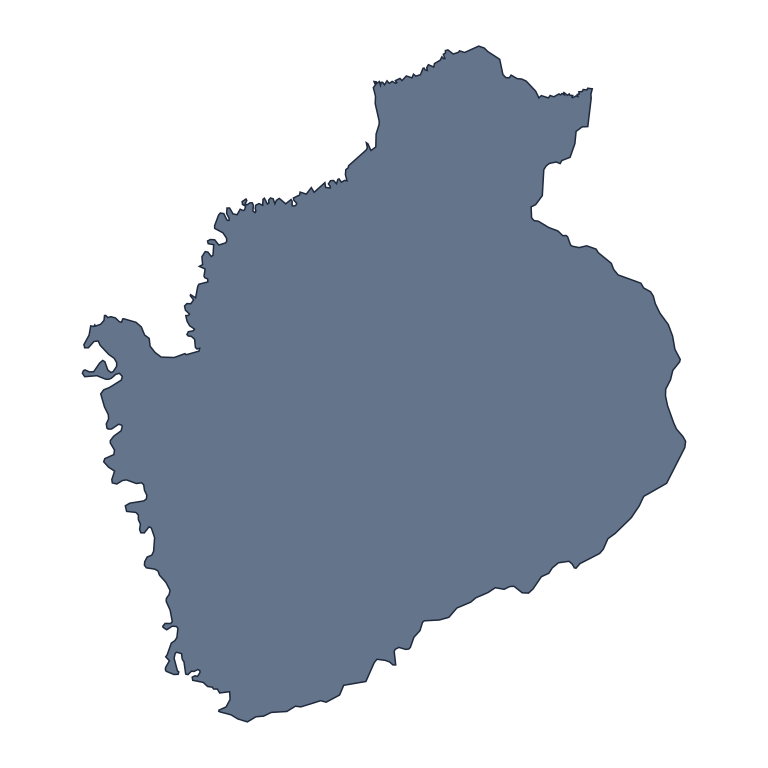 outline of Khutlo-se-Metsi, Thaba-Tseka, Lesotho
{"feature_id": "5366337B67147005930942", "entity_name": "Khutlo-se-Metsi", "entity_type": "district", "adm_level": 2, "iso_a3": "LSO", "parent_name": "Lesotho", "parent_adm1": "Thaba-Tseka", "projection": "natural_earth1", "projection_center": [28.357, -29.676], "detail": "fine", "context": "isolated", "style": "filled", "palette": "slate", "viewbox_px": 768, "rotation_deg": 0, "n_neighbors": 0, "source": "geoboundaries", "source_scale": "gbopen_adm2", "svg_char_len": 6029}
<svg xmlns="http://www.w3.org/2000/svg" viewBox="0 0 768 768"><path d="M599.6,553.5L603.3,549.2L607.9,538.7L615.2,533.4L631.2,517.8L639.3,505.8L643.7,496.4L666.6,483.3L684.8,447.6L685.6,441.3L682.9,436.5L676.5,429.1L673.7,422.9L667.5,405.5L665.5,395.7L665.7,389.2L670.5,379.8L672.8,370.4L679.7,361.8L680.2,359.3L674.9,349.3L672.6,336.1L668.3,324.6L659.9,313.1L655.3,303.7L653.3,296.1L650.6,291.8L643.6,287.9L640.9,283.2L618.1,274.9L613.7,269.5L611.3,263.3L598.3,252.7L596.1,249.1L586.7,245.8L579.1,247.6L572.3,246.2L570.6,245.1L567.6,236.8L566.1,235.5L562.8,235.7L558.0,231.0L548.7,227.5L538.3,221.2L534.0,220.6L531.6,217.8L531.1,206.9L535.6,204.7L542.3,195.7L543.8,169.7L546.2,165.9L549.4,163.4L556.3,162.0L560.1,163.6L561.9,160.5L570.1,157.3L574.9,143.6L576.1,131.4L582.1,126.9L587.8,126.6L591.2,98.2L590.9,94.3L592.3,88.8L587.7,88.2L586.9,89.9L583.2,89.5L582.2,91.5L578.8,91.8L579.3,93.8L577.2,94.5L577.9,96.5L576.1,95.9L572.6,97.7L571.9,97.2L572.7,95.5L569.8,95.2L569.2,93.9L567.5,95.3L563.9,92.5L563.3,93.3L564.1,94.7L562.0,93.6L560.5,94.9L559.0,93.9L553.8,96.8L550.1,95.5L548.4,97.9L541.3,95.6L538.9,97.9L535.7,91.2L526.2,81.1L521.6,79.0L517.3,78.7L511.1,75.1L509.3,77.8L505.8,77.6L502.9,74.5L499.7,59.3L487.7,51.5L484.4,48.1L478.7,46.1L464.6,52.5L459.5,50.8L458.5,52.3L453.2,54.0L447.9,49.9L445.4,50.6L445.5,53.0L443.3,54.3L444.9,58.5L443.4,58.6L441.9,56.8L440.2,60.2L434.5,63.5L433.7,67.0L428.4,64.7L426.7,67.7L427.3,70.5L425.4,70.1L424.1,68.1L423.0,68.3L420.5,74.7L415.8,76.1L413.5,74.2L412.0,77.8L406.3,76.0L402.0,80.6L400.0,78.4L395.4,80.6L396.8,82.7L395.7,83.3L392.2,81.4L389.2,83.4L387.0,80.8L384.5,84.8L382.6,82.3L381.1,82.4L380.4,85.2L379.3,81.5L376.2,83.8L376.2,81.8L374.0,81.5L375.4,85.0L373.3,87.6L375.5,96.2L375.2,103.6L379.2,121.2L379.1,124.5L376.1,134.0L375.8,147.0L370.9,150.5L367.9,143.8L366.3,142.7L367.3,147.7L366.4,149.8L348.5,165.8L348.3,167.7L345.8,169.7L345.4,174.6L347.0,180.8L344.5,180.4L341.4,182.2L339.0,178.9L337.8,179.5L336.5,183.7L333.6,180.5L330.5,180.7L328.4,183.9L330.3,186.5L330.2,188.0L325.6,187.4L324.9,182.6L314.1,192.3L311.3,187.6L306.3,194.1L300.1,192.1L299.6,195.0L293.4,198.0L293.9,200.3L296.7,203.3L295.9,205.3L294.2,206.0L292.2,205.8L292.1,201.1L291.1,199.5L285.7,203.8L279.3,198.4L276.4,200.3L274.9,203.8L273.2,198.8L270.5,198.0L268.6,200.1L268.9,203.1L267.4,204.0L264.4,198.2L263.0,199.3L262.7,205.3L259.0,203.6L255.8,205.2L255.2,208.3L255.9,211.1L255.0,212.6L252.9,210.9L253.4,205.5L252.3,202.8L250.0,202.8L247.1,204.8L245.0,204.2L246.8,200.5L246.0,199.0L242.1,201.6L242.5,204.5L245.6,206.2L244.6,209.8L243.2,210.6L240.2,209.2L237.1,214.7L233.0,213.9L229.6,208.0L227.0,208.0L226.6,213.5L229.1,218.3L229.0,220.4L227.1,220.3L223.8,213.6L220.4,213.0L218.6,215.0L214.6,225.7L214.7,228.4L222.9,232.8L226.5,238.1L226.7,241.3L225.5,242.9L218.8,245.0L214.7,239.8L210.4,239.5L207.5,241.0L208.2,243.7L213.7,244.7L213.0,255.2L211.3,256.5L207.9,252.1L205.2,251.6L201.9,256.7L202.6,264.6L199.3,266.4L205.1,269.0L204.0,276.1L204.9,277.8L207.6,278.9L207.9,281.9L198.9,284.2L197.7,286.5L195.6,297.8L190.6,294.7L190.3,295.7L193.6,300.0L190.8,303.7L186.8,303.6L184.5,306.1L185.5,310.3L189.5,314.0L188.5,315.4L185.8,315.6L187.0,321.1L189.6,325.7L194.5,329.1L193.2,330.8L188.4,331.7L186.9,334.5L188.2,336.0L191.2,336.3L194.6,339.3L195.4,347.4L196.9,349.0L199.7,348.3L199.1,351.1L186.3,354.7L184.9,353.6L174.3,357.5L161.2,357.1L155.0,352.4L150.1,346.2L149.2,338.4L144.6,335.0L141.3,326.9L136.0,322.3L123.6,318.7L122.7,318.9L121.5,322.3L119.2,321.6L115.4,317.9L110.9,316.7L107.8,317.5L105.7,315.4L104.5,315.6L104.0,320.4L100.6,324.3L95.3,326.1L94.8,324.9L93.7,326.5L90.7,325.9L89.1,335.1L83.9,344.6L84.7,347.8L88.4,347.8L93.9,341.5L98.2,341.0L100.2,345.4L108.8,354.5L114.2,358.3L116.7,362.7L116.6,366.4L113.1,371.7L110.9,372.5L107.8,370.0L104.9,361.8L102.7,360.4L99.7,363.0L93.6,371.8L89.5,371.9L84.9,369.9L83.4,370.7L82.4,373.3L84.7,376.7L96.9,375.7L105.7,379.2L108.6,379.3L111.3,378.3L115.7,374.4L119.4,373.3L122.3,376.4L121.3,380.1L109.3,387.6L103.7,389.8L100.7,393.9L104.5,407.0L108.3,414.6L108.6,418.9L106.3,423.8L106.9,428.0L108.2,429.1L111.6,429.0L118.7,424.2L121.8,425.3L122.2,426.7L121.1,430.8L113.7,436.2L110.3,440.6L110.3,443.0L114.5,450.1L113.8,454.6L104.8,458.6L103.7,461.8L108.7,467.3L114.6,471.1L111.8,479.6L112.3,482.9L116.8,484.0L122.5,480.5L126.4,479.9L136.4,483.5L141.6,482.8L143.7,484.9L144.5,490.4L146.8,495.2L146.4,498.9L143.8,500.9L129.7,503.2L125.3,505.8L126.6,511.4L135.8,512.4L138.3,514.9L138.4,519.8L140.4,524.1L139.6,529.5L140.8,532.8L144.3,532.9L149.1,526.8L151.3,528.0L154.6,537.6L153.6,551.3L151.8,555.1L147.2,557.0L144.7,561.7L144.4,565.2L146.4,567.8L154.9,569.2L158.0,571.0L159.5,575.2L166.0,582.5L170.0,590.3L169.2,594.3L166.4,598.4L166.2,601.5L170.1,610.1L172.3,621.7L170.6,623.5L165.1,623.4L162.8,626.2L163.1,627.4L166.7,629.8L172.2,626.2L176.5,626.5L177.9,628.4L176.9,637.5L174.9,640.6L171.3,643.1L167.1,655.0L165.7,656.8L169.4,660.8L165.6,667.4L165.4,669.9L166.2,671.3L174.0,674.5L178.2,674.3L178.8,671.9L177.4,670.7L174.1,658.3L175.2,653.4L176.4,652.2L181.5,653.6L182.2,659.1L184.0,662.0L185.7,674.1L187.9,674.6L191.6,671.1L193.8,671.5L197.8,669.6L199.8,670.5L200.0,672.4L197.5,676.4L195.0,675.8L192.2,677.1L192.7,680.3L203.2,682.4L207.6,686.5L212.4,687.2L213.5,689.0L217.4,689.1L219.6,693.0L229.6,691.7L230.1,699.4L226.1,706.9L219.0,710.1L218.7,711.3L220.3,712.0L231.0,714.8L237.9,719.0L247.4,721.9L255.9,716.8L263.7,716.1L271.3,712.4L286.8,711.5L295.4,706.2L300.8,706.9L320.7,700.7L326.2,702.2L339.6,695.0L343.7,685.3L365.9,681.5L374.2,662.7L376.9,659.3L385.0,660.3L389.5,661.9L392.9,664.9L395.7,664.9L394.2,651.5L395.2,649.3L398.9,647.4L405.7,649.4L408.8,649.0L410.4,647.3L413.9,637.3L420.0,630.6L422.5,622.4L424.3,620.8L439.3,620.0L448.9,617.3L456.9,608.0L470.8,602.1L475.8,597.8L488.1,592.5L495.3,587.7L504.1,589.3L509.8,586.5L514.0,586.3L522.2,592.8L528.5,593.1L532.9,589.1L541.4,576.7L548.8,573.3L552.3,567.9L558.4,562.8L569.0,561.3L572.2,564.1L574.4,567.9L576.0,568.2L580.0,563.6L599.6,553.5Z" fill="#64748b" stroke="#1e293b" stroke-width="1.5"/></svg>